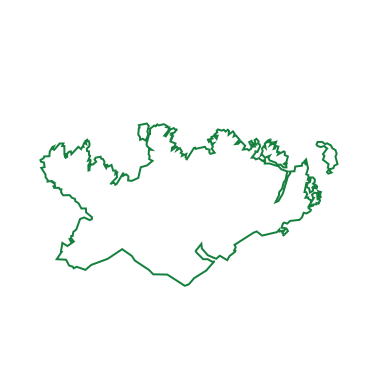 the district of Fredrikstad nor, Østfold, Norway, rotated 162°
{"feature_id": "86288312B4137874429707", "entity_name": "Fredrikstad nor", "entity_type": "district", "adm_level": 2, "iso_a3": "NOR", "parent_name": "Norway", "parent_adm1": "Østfold", "projection": "natural_earth1", "projection_center": [10.867, 59.223], "detail": "fine", "context": "isolated", "style": "outline", "palette": "green", "viewbox_px": 384, "rotation_deg": 162, "n_neighbors": 0, "source": "geoboundaries", "source_scale": "gbopen_adm2", "svg_char_len": 6028}
<svg xmlns="http://www.w3.org/2000/svg" viewBox="0 0 384 384"><g transform="rotate(162 192 192)"><path d="M306.8,200.9L313.6,192.1L317.2,190.7L319.1,187.1L320.4,187.5L321.3,185.4L323.0,185.2L322.5,181.8L320.6,183.8L319.7,181.4L327.2,179.1L331.0,183.6L335.1,175.8L334.4,175.4L341.4,169.9L332.7,166.5L331.6,160.1L328.4,157.7L328.1,156.0L324.8,156.5L317.4,150.9L310.3,153.8L292.8,154.5L276.1,159.2L269.0,149.8L267.6,144.5L257.0,131.2L254.3,125.7L241.0,121.1L227.8,105.0L223.5,105.2L216.6,109.4L202.8,112.9L191.8,119.4L193.8,118.9L197.9,123.3L202.1,124.6L206.4,133.0L206.7,134.8L199.1,139.8L200.1,135.3L196.5,127.0L189.6,121.0L185.3,122.8L179.5,116.3L176.1,119.5L169.8,121.7L168.9,122.6L170.0,123.4L167.5,125.9L167.9,128.6L145.9,134.3L142.7,134.5L138.8,128.9L123.6,127.6L120.6,129.3L120.9,127.3L115.9,127.1L118.7,125.2L117.8,123.6L119.1,122.1L112.8,125.2L113.5,128.2L117.9,130.4L115.4,133.7L113.9,134.5L111.2,132.5L107.7,134.2L98.4,132.3L95.2,133.9L92.2,137.7L89.6,136.2L85.3,137.2L84.4,138.4L86.1,140.5L85.9,141.9L82.3,145.0L81.5,147.1L80.5,146.5L83.4,143.9L82.5,142.7L83.6,141.6L81.1,141.6L80.6,142.7L77.6,141.8L77.0,143.1L74.6,141.3L75.2,142.6L73.0,143.9L72.9,146.9L71.1,147.4L71.1,149.9L69.4,152.1L71.7,153.7L71.6,151.7L73.0,149.5L72.2,148.8L75.0,145.4L73.4,152.4L75.9,153.5L78.6,152.5L78.7,149.1L77.9,148.7L79.4,147.3L81.5,147.3L83.6,150.1L83.2,150.9L85.8,151.5L83.1,154.2L83.5,156.6L85.0,157.2L80.4,165.2L79.2,164.6L81.6,161.4L79.5,159.4L80.0,155.1L76.7,155.7L75.7,157.8L76.2,159.0L75.2,159.7L73.3,159.6L73.9,157.8L72.4,156.8L71.3,158.5L71.7,159.8L73.5,159.7L72.8,161.1L74.3,162.5L72.1,163.7L71.3,166.0L72.4,168.4L74.5,169.1L76.6,165.1L78.2,164.8L76.7,167.8L78.0,168.0L76.6,170.0L75.4,169.3L76.7,170.1L76.2,172.1L77.9,173.5L74.3,178.7L73.4,187.7L75.2,186.7L73.9,185.1L75.6,182.3L75.2,183.9L76.6,185.8L78.3,185.2L79.4,183.0L85.9,184.3L88.2,180.1L93.0,181.3L92.8,179.4L96.4,176.6L106.0,162.5L112.6,156.7L115.7,156.5L110.3,162.0L109.2,164.8L105.2,167.4L101.8,172.9L99.5,174.3L95.0,182.1L100.1,186.1L101.7,189.6L109.6,195.2L114.0,196.6L113.3,198.0L114.3,198.9L112.9,198.8L112.6,200.1L115.3,199.8L118.0,203.5L121.2,203.3L122.2,205.3L124.5,206.2L119.4,209.8L119.0,211.9L118.7,210.1L117.4,209.9L113.3,214.2L112.9,216.3L114.3,217.7L112.9,219.6L114.3,222.7L116.5,221.9L116.4,217.5L119.5,219.9L119.6,222.2L122.2,221.7L121.8,218.9L119.3,217.7L118.5,218.5L118.1,215.8L121.6,216.7L122.2,215.0L125.0,214.0L126.1,215.7L130.3,216.6L127.1,219.5L129.8,225.1L133.3,223.6L135.8,224.1L130.6,227.2L132.8,232.3L135.1,232.0L133.5,234.2L134.3,237.0L139.5,235.2L137.9,238.7L138.7,240.1L141.4,239.1L142.5,241.3L144.7,241.2L148.0,243.5L149.6,242.7L149.5,241.0L152.9,239.7L152.7,238.6L150.3,237.7L152.2,235.0L153.6,238.6L156.6,238.2L156.0,236.5L160.7,236.8L160.4,234.4L158.3,235.3L158.5,231.8L156.2,231.7L158.4,230.4L158.1,228.8L159.9,227.0L158.3,222.4L162.7,222.6L163.3,224.2L162.3,226.9L165.0,228.5L165.8,231.0L175.2,231.9L175.2,233.1L176.5,233.3L187.6,224.1L186.8,225.1L187.4,227.2L185.7,229.9L190.3,229.5L189.1,231.0L190.6,232.7L189.1,233.7L190.0,237.5L193.6,236.5L191.8,238.3L192.6,239.9L198.3,238.0L197.2,240.4L194.3,241.0L192.7,243.2L196.9,246.8L193.8,250.0L194.7,249.9L193.5,251.0L194.3,252.5L192.9,252.5L193.8,254.1L190.4,254.0L186.6,256.5L188.2,255.9L189.6,258.4L192.8,258.2L192.4,258.9L200.4,252.5L199.6,254.0L200.6,254.3L194.1,258.6L194.7,259.2L193.6,260.5L196.3,261.6L195.2,262.3L197.8,265.2L203.1,265.6L204.1,267.0L206.9,265.3L206.2,266.4L207.6,266.8L212.3,265.1L214.1,260.0L215.1,259.9L220.5,251.6L220.5,249.2L217.2,244.5L219.8,245.7L221.6,241.2L221.2,239.1L222.6,236.6L219.9,233.8L226.5,231.2L233.1,231.4L238.7,222.0L245.9,221.2L249.2,222.8L247.6,226.5L249.2,229.2L252.3,228.7L251.2,231.6L261.1,223.0L262.7,222.6L263.0,224.4L264.6,225.2L267.2,224.7L258.8,229.2L257.8,232.9L256.2,234.4L259.3,232.9L258.0,236.0L260.4,236.7L260.2,242.6L263.5,242.1L264.1,243.6L266.2,241.2L266.8,243.7L265.8,244.5L267.1,245.4L265.9,247.9L266.5,250.9L268.0,251.7L268.0,253.8L273.0,254.4L274.6,253.1L273.8,250.4L277.9,248.7L279.2,249.6L281.6,247.5L282.8,244.4L283.8,244.4L282.4,249.3L279.0,252.4L278.7,253.9L281.1,253.9L277.7,258.0L278.5,258.9L277.5,262.6L279.1,263.3L278.7,265.7L275.6,267.2L274.5,269.6L274.5,272.5L276.3,272.5L275.8,273.9L277.6,273.5L277.8,270.4L279.2,272.1L281.1,270.0L281.2,268.4L282.4,268.8L284.2,267.0L286.1,270.1L295.0,265.2L294.7,268.1L296.7,268.2L298.9,267.0L299.9,264.0L301.6,263.6L302.0,264.7L300.7,267.1L301.7,267.2L299.2,275.2L301.2,275.8L299.3,277.9L302.9,279.0L310.0,274.7L311.4,276.1L309.3,278.1L310.9,277.9L314.8,274.4L316.6,270.1L321.6,271.5L322.6,270.0L326.3,269.2L326.3,267.6L323.7,265.8L324.5,261.3L327.9,261.5L325.9,253.9L326.7,251.3L325.5,247.9L326.2,246.6L321.8,245.7L320.2,243.6L321.2,243.7L320.1,242.3L320.4,240.1L322.0,240.2L321.9,238.6L317.2,237.0L316.9,235.4L315.4,234.9L316.6,232.2L315.6,228.7L309.3,226.8L307.9,223.5L305.5,221.7L305.8,219.3L303.4,216.4L302.3,210.5L298.0,209.1L299.0,205.3L294.9,198.9L295.7,197.1L297.9,196.9L302.5,201.1L306.8,200.9ZM97.3,187.1L94.6,186.2L93.9,189.2L92.3,190.5L94.9,189.1L95.9,190.3L92.9,191.4L89.8,196.2L92.4,198.4L91.4,201.3L92.2,202.3L98.6,201.1L97.0,203.0L98.8,203.9L95.8,208.5L98.1,209.8L99.7,207.8L100.9,207.8L96.4,213.8L98.5,213.9L97.4,212.9L98.5,211.6L100.8,213.0L103.1,212.4L100.9,214.5L102.7,215.1L101.6,216.7L103.9,216.3L102.8,217.6L104.2,217.4L107.8,215.5L108.4,211.2L109.4,213.4L111.9,211.8L112.2,208.9L115.0,205.7L113.8,206.1L112.0,202.0L106.9,202.5L108.8,200.9L108.5,198.2L103.1,193.8L102.7,191.7L99.1,190.6L97.3,187.1ZM56.7,167.3L53.3,167.4L54.4,169.4L53.5,171.1L50.1,171.0L48.7,173.0L45.0,173.6L44.6,181.3L42.6,183.7L42.6,187.5L45.0,190.2L45.4,193.3L48.5,196.6L50.5,196.3L52.7,199.4L57.0,200.8L58.9,198.8L58.5,197.2L55.9,195.0L52.2,194.9L50.0,191.6L55.8,187.5L54.9,185.5L57.5,182.2L53.5,176.4L55.3,173.1L54.4,171.5L57.5,169.2L56.7,167.3ZM222.5,257.9L220.2,255.3L216.9,258.8L215.4,261.4L215.9,263.1L212.7,268.1L213.8,271.1L221.9,272.0L221.9,269.4L222.9,269.1L225.4,263.1L224.5,260.4L225.2,257.6L222.5,257.9Z" fill="none" stroke="#15803d" stroke-width="2"/></g></svg>